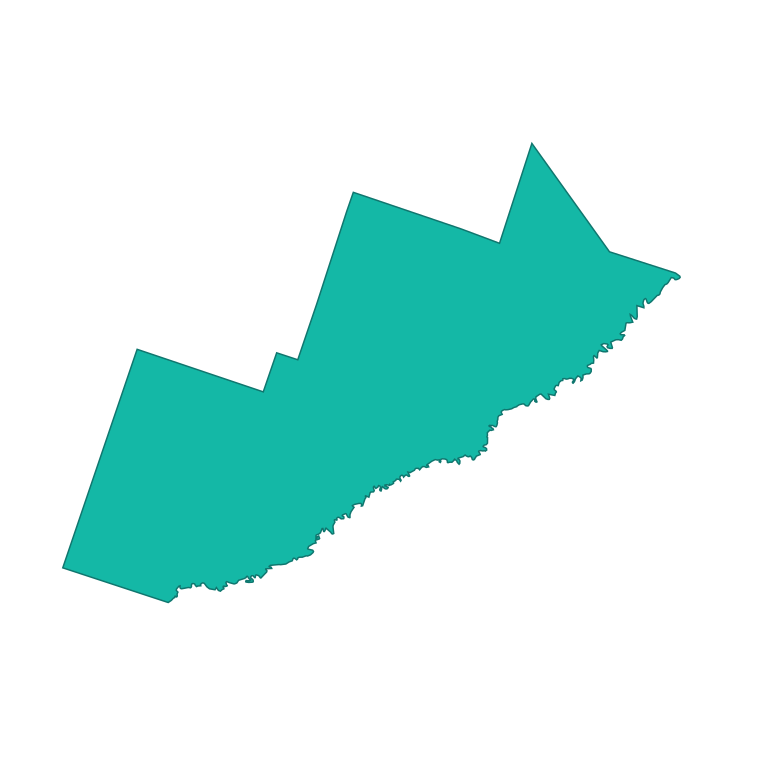 the district of General Güemes, Chaco, Argentina, rotated 108°
{"feature_id": "61730980B25522786884862", "entity_name": "General Güemes", "entity_type": "district", "adm_level": 2, "iso_a3": "ARG", "parent_name": "Argentina", "parent_adm1": "Chaco", "projection": "robinson", "projection_center": [-61.125, -25.104], "detail": "fine", "context": "isolated", "style": "filled", "palette": "teal", "viewbox_px": 768, "rotation_deg": 108, "n_neighbors": 0, "source": "geoboundaries", "source_scale": "gbopen_adm2", "svg_char_len": 6171}
<svg xmlns="http://www.w3.org/2000/svg" viewBox="0 0 768 768"><g transform="rotate(108 384 384)"><path d="M658.1,632.7L658.5,521.7L655.4,519.3L652.9,518.2L651.8,517.1L650.5,517.2L650.3,516.7L650.7,515.7L650.3,515.2L649.5,515.1L647.6,515.9L645.6,515.7L644.5,517.8L643.1,518.0L639.7,516.6L639.0,515.6L640.7,515.1L641.3,514.4L641.3,513.2L638.0,507.2L637.6,505.0L636.9,504.6L635.7,504.6L634.8,505.1L633.2,504.8L632.8,504.0L632.6,502.4L634.0,501.0L634.6,499.6L633.7,498.7L632.5,495.9L631.2,496.6L629.3,495.3L629.1,494.6L629.1,493.3L631.6,489.8L632.7,486.7L631.9,481.1L629.4,480.5L631.5,477.7L631.6,475.6L629.3,474.2L628.3,473.0L627.3,473.4L626.9,474.3L626.0,474.3L625.6,473.6L625.7,472.5L624.7,470.9L624.1,470.8L623.6,471.7L621.8,472.9L621.4,473.0L620.5,472.4L620.7,469.7L620.5,465.1L620.2,464.2L618.7,462.5L615.6,461.6L612.0,456.5L610.7,455.4L609.5,455.2L609.1,454.4L610.9,452.2L611.5,450.4L611.9,450.2L612.9,451.6L613.5,454.4L614.5,454.5L615.0,454.1L614.5,451.3L613.2,448.0L612.6,447.3L611.8,447.4L610.6,448.2L609.4,451.0L608.8,451.3L607.2,450.6L606.8,449.2L608.1,447.3L607.9,446.7L605.5,447.0L605.0,446.4L605.0,443.9L606.6,441.6L606.5,441.1L599.0,437.5L597.8,437.6L596.9,439.2L596.3,439.3L594.1,433.8L593.1,434.7L593.2,436.5L592.9,436.9L591.6,436.1L588.2,428.2L587.7,426.3L585.5,421.7L582.5,419.2L580.5,416.6L578.2,416.5L577.5,415.9L577.4,415.1L578.2,412.7L577.2,412.1L575.8,412.1L575.0,411.2L573.9,408.1L571.5,405.0L571.2,403.5L569.2,401.1L566.2,399.4L565.0,399.3L564.1,400.5L564.5,405.3L564.1,405.7L561.8,405.5L557.7,401.9L556.1,399.5L554.3,400.9L553.7,400.8L551.4,397.7L550.8,397.5L548.7,399.1L549.9,400.3L551.4,400.3L551.9,401.0L549.2,401.8L548.4,401.7L547.0,399.8L545.2,398.5L540.6,398.2L540.3,397.5L542.9,395.8L542.7,395.1L542.3,395.0L540.5,394.7L539.3,394.9L539.0,394.6L541.4,388.9L542.5,387.5L542.5,386.4L541.7,385.6L535.6,388.4L534.1,388.7L530.6,388.0L529.2,389.0L528.4,389.1L528.1,388.4L528.2,387.3L527.7,386.7L526.7,387.5L525.5,387.1L524.9,386.5L524.8,385.2L525.5,383.1L524.6,380.8L523.7,380.7L522.6,381.3L522.5,382.7L522.0,383.1L521.3,382.9L519.2,380.6L519.2,379.8L521.6,377.3L521.8,375.6L521.5,375.1L518.8,376.0L515.7,375.9L510.5,374.4L509.9,376.1L509.4,376.5L507.6,374.8L505.4,371.1L504.7,369.2L505.0,368.6L505.8,368.0L507.1,367.8L506.4,366.7L499.0,366.6L497.6,366.1L496.4,367.1L496.0,366.9L496.3,363.4L491.7,363.6L490.9,363.2L489.8,360.6L488.5,360.3L486.0,362.0L485.0,362.2L484.3,361.8L485.8,359.5L484.0,358.0L482.3,357.8L482.3,356.4L483.3,355.4L486.0,355.4L486.6,354.7L486.7,353.8L485.3,353.7L482.9,354.2L482.1,353.8L483.2,351.1L483.3,350.0L482.9,348.8L481.4,348.0L480.9,348.1L480.9,349.4L480.4,350.5L480.7,351.6L479.8,351.9L478.9,350.3L478.7,347.6L477.7,347.6L478.1,346.7L477.6,346.0L475.8,344.4L475.2,344.2L474.3,345.0L472.0,343.0L471.0,343.0L470.5,342.5L470.0,340.0L471.3,338.2L470.2,338.0L468.7,339.7L467.6,340.1L466.6,340.0L465.4,339.2L465.2,338.4L465.5,337.4L466.5,336.6L464.2,335.5L463.7,334.8L463.6,334.0L464.3,332.3L464.0,331.4L463.5,331.2L460.4,334.0L460.2,331.8L456.6,328.4L455.0,328.1L454.3,327.5L453.6,325.2L454.6,323.6L452.0,322.6L450.5,321.6L450.0,319.6L450.3,318.1L449.0,315.9L447.9,316.9L448.2,318.2L447.6,318.3L442.7,314.7L440.1,312.0L439.8,309.5L439.0,308.0L439.5,307.6L440.9,307.5L441.2,306.2L440.2,306.0L439.7,306.5L438.1,306.6L437.1,305.3L436.5,302.7L436.6,301.1L437.6,299.9L438.7,299.7L439.1,298.9L438.0,297.2L437.4,295.2L434.7,293.7L434.1,293.9L433.6,293.6L434.6,291.1L435.9,290.0L437.1,287.8L436.1,287.4L433.7,288.0L432.6,289.2L432.4,290.6L431.6,290.6L428.6,286.3L426.5,284.9L427.0,283.5L427.2,281.7L426.9,280.7L425.9,279.9L425.9,279.4L426.9,277.8L428.5,276.7L428.7,275.7L427.8,274.6L426.9,274.9L426.2,274.3L424.1,273.9L421.4,270.7L420.6,271.2L419.1,273.1L418.5,273.1L417.5,271.7L417.1,269.2L416.4,268.0L416.5,266.9L415.1,265.9L413.7,266.6L413.2,268.2L413.1,270.1L412.6,270.5L411.2,269.9L410.1,268.0L408.3,267.3L402.8,269.0L402.8,269.5L402.3,269.9L401.0,269.7L398.4,270.7L395.2,269.1L395.1,267.8L393.7,265.8L392.6,266.7L392.6,268.0L391.9,268.7L391.8,270.8L391.3,271.2L390.7,270.8L389.8,267.6L390.2,265.9L390.1,264.4L389.8,264.1L388.2,263.9L385.9,264.1L384.6,264.8L382.6,264.8L380.4,265.4L378.7,265.0L376.4,262.2L374.5,263.9L373.4,263.7L372.1,262.7L371.0,261.3L371.0,260.4L370.1,258.2L368.1,254.9L366.2,253.2L364.5,250.7L363.9,250.6L361.9,248.9L360.2,246.2L359.7,244.9L360.8,242.5L360.6,240.9L360.0,239.9L355.8,239.0L352.2,237.3L351.8,236.8L352.2,235.8L353.9,235.2L354.3,233.7L353.7,233.0L351.0,235.2L349.2,235.5L345.7,232.8L345.0,231.6L348.0,225.4L348.0,223.2L347.5,222.0L346.3,222.0L342.9,224.5L342.1,218.0L339.7,218.1L338.3,217.6L337.7,218.1L336.8,220.3L335.9,220.7L334.3,220.5L332.6,220.2L332.0,219.6L331.7,217.8L328.3,217.9L326.1,216.6L325.4,215.1L323.7,215.5L322.9,213.6L323.1,212.4L322.4,210.8L321.3,209.5L320.6,207.4L320.9,205.0L321.4,204.7L324.0,205.4L324.7,204.9L324.8,204.4L323.0,203.6L319.6,203.4L316.4,202.1L316.7,200.1L317.7,198.2L320.1,197.8L319.0,196.7L316.6,196.7L314.0,197.5L311.9,194.7L310.9,192.1L310.2,191.4L308.2,190.8L306.0,191.4L305.3,192.0L305.3,195.3L304.6,196.0L303.5,196.2L301.5,193.9L300.3,193.2L299.4,191.2L296.4,191.9L293.5,193.2L292.2,193.2L292.0,192.9L293.5,189.6L293.1,189.2L288.4,190.3L285.6,189.7L285.6,185.6L284.9,183.1L284.0,181.5L283.6,181.6L282.8,183.0L280.2,189.0L279.5,189.5L277.6,187.4L277.0,184.0L277.5,183.0L279.6,183.4L280.4,182.5L280.3,180.0L279.6,178.0L278.8,178.0L274.1,181.3L270.3,177.2L269.4,174.8L269.1,171.9L267.6,171.1L265.2,171.1L263.5,170.1L263.0,170.7L263.9,174.0L263.3,174.9L261.6,174.3L258.6,171.5L251.4,172.6L250.7,172.0L249.8,169.1L248.3,166.5L243.4,170.5L241.8,171.3L242.2,169.7L244.1,166.4L244.4,165.1L244.2,163.8L241.7,164.0L231.3,167.7L231.2,160.4L229.7,160.9L227.3,162.6L226.1,162.8L223.5,162.9L222.0,161.9L222.3,160.9L225.0,158.9L225.6,158.0L225.5,157.0L223.1,155.3L215.3,151.5L214.5,150.1L213.1,149.4L211.0,149.6L206.2,148.7L202.7,147.5L201.4,145.9L199.7,145.1L194.0,143.7L193.7,141.2L194.8,139.4L194.3,138.0L192.7,136.1L191.2,135.3L190.1,135.9L188.4,141.0L188.6,210.4L109.5,317.7L214.5,317.6L212.7,358.5L211.2,472.4L231.4,472.8L328.9,472.7L387.6,473.5L387.5,495.7L428.8,496.4L427.3,629.5L658.1,632.7Z" fill="#14b8a6" stroke="#0f766e" stroke-width="1.5"/></g></svg>